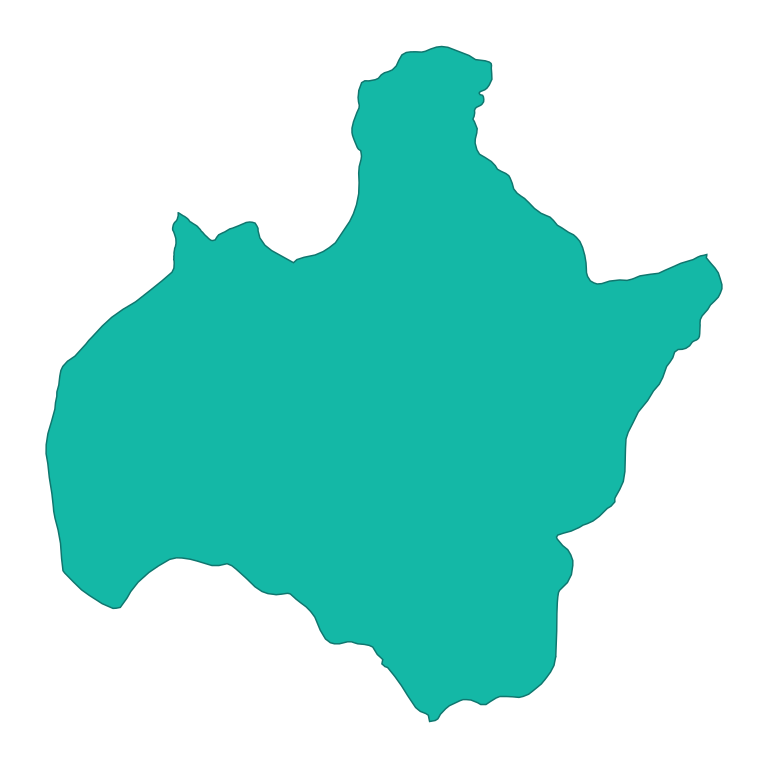 Kota Tomohon, Sulawesi Utara, Indonesia (orthographic projection)
{"feature_id": "22746128B12552284418793", "entity_name": "Kota Tomohon", "entity_type": "district", "adm_level": 2, "iso_a3": "IDN", "parent_name": "Indonesia", "parent_adm1": "Sulawesi Utara", "projection": "orthographic", "projection_center": [124.821, 1.329], "detail": "fine", "context": "isolated", "style": "filled", "palette": "teal", "viewbox_px": 768, "rotation_deg": 0, "n_neighbors": 0, "source": "geoboundaries", "source_scale": "gbopen_adm2", "svg_char_len": 5927}
<svg xmlns="http://www.w3.org/2000/svg" viewBox="0 0 768 768"><path d="M447.9,47.3L441.7,46.5L436.5,47.1L433.5,48.1L431.0,48.9L425.3,51.3L421.7,52.1L419.6,52.0L415.5,51.8L410.4,51.9L406.2,52.5L401.9,54.9L398.9,60.2L396.3,65.9L394.4,67.8L392.3,69.9L388.4,71.6L384.4,72.8L381.2,74.9L378.4,78.3L375.3,79.7L368.9,80.9L364.8,80.8L361.6,82.7L361.6,82.8L358.8,90.4L358.4,94.8L358.1,97.4L358.5,101.8L359.3,105.3L359.0,108.0L356.9,112.6L353.5,121.7L352.0,128.1L352.0,132.6L352.5,135.2L353.3,137.6L354.2,140.0L355.3,142.7L357.3,147.5L358.5,149.2L360.7,150.7L361.1,153.0L361.3,154.3L361.5,156.3L361.1,159.3L360.9,160.1L359.2,166.6L358.7,173.1L359.1,182.7L358.9,188.3L358.7,193.8L356.5,204.8L353.4,213.8L349.6,221.6L349.4,221.9L349.3,222.0L335.4,242.8L329.2,247.7L323.1,251.6L315.1,255.0L304.0,257.3L296.9,259.6L293.5,262.7L271.7,250.6L264.9,245.2L259.8,237.8L259.4,236.0L258.1,231.0L258.0,228.3L256.9,226.0L255.1,223.1L252.5,222.3L249.7,222.0L246.1,222.5L243.9,223.5L241.7,224.4L239.0,225.6L232.4,228.2L229.8,228.9L227.6,230.2L224.8,231.9L222.3,233.0L218.7,234.8L216.8,237.2L215.2,239.9L212.7,240.6L210.9,240.3L209.8,239.5L208.6,238.5L206.6,236.5L205.4,235.5L204.2,234.2L202.6,232.3L201.3,231.2L200.3,229.6L199.4,228.6L198.5,227.7L197.5,226.5L196.5,225.7L194.9,224.7L192.6,223.3L191.4,222.4L190.0,221.7L189.0,220.4L188.5,219.6L187.1,218.3L186.5,217.9L185.6,217.2L184.6,216.5L182.8,215.6L182.0,215.0L181.3,214.6L180.4,214.0L178.5,212.8L178.4,212.8L178.2,212.8L178.2,214.1L178.2,215.0L178.2,215.9L177.9,216.8L177.6,217.8L177.4,218.7L177.2,219.4L176.1,221.1L174.6,222.5L173.5,224.4L173.2,225.4L172.7,227.8L172.6,229.1L172.9,230.5L173.6,231.5L174.7,234.7L175.7,238.0L175.9,239.2L176.0,242.0L176.0,243.5L175.4,246.7L174.7,248.2L174.5,249.9L174.2,251.5L174.0,253.0L174.1,254.7L173.8,256.5L173.9,258.1L173.7,259.5L174.1,260.9L174.2,263.6L174.0,266.6L173.9,268.2L172.0,272.2L161.8,281.0L149.6,290.8L135.6,301.8L131.8,304.1L123.0,309.3L111.6,317.4L102.3,326.0L92.2,336.9L88.8,340.4L85.9,344.1L80.7,349.8L74.9,356.2L67.5,361.2L62.8,366.4L60.9,370.4L59.8,376.2L58.8,385.0L56.9,391.9L56.8,396.3L55.5,402.6L54.9,409.1L51.5,421.5L48.7,430.9L47.9,433.7L46.2,444.7L46.1,453.7L47.8,463.4L49.3,477.4L51.9,493.6L53.4,507.3L53.7,511.1L55.0,518.1L58.1,530.0L60.5,543.3L61.6,558.5L63.0,570.7L64.6,572.9L73.6,582.1L81.0,589.3L81.5,589.8L89.3,595.4L102.2,603.7L113.0,608.4L116.3,608.2L120.3,607.4L127.0,598.1L130.7,591.6L138.1,582.2L141.5,579.1L149.0,572.4L158.5,565.9L169.6,559.4L176.5,557.8L182.0,558.0L190.2,559.2L197.0,561.0L206.2,563.8L211.9,565.5L219.0,565.5L227.1,563.7L231.7,565.6L236.1,569.1L238.8,571.5L246.6,578.6L255.0,586.8L262.0,591.5L267.9,593.6L273.5,594.3L276.1,594.7L281.8,594.1L286.0,593.5L287.7,593.3L290.3,593.9L291.4,594.9L294.4,597.6L296.1,599.2L300.7,602.8L306.2,606.9L310.4,611.2L312.2,613.5L314.9,617.2L320.3,630.3L323.8,636.2L325.5,639.0L327.9,640.8L330.3,642.7L334.4,643.8L339.2,643.8L339.4,643.8L347.5,641.8L351.5,641.8L354.1,642.7L357.7,643.8L364.3,644.4L369.2,645.4L372.7,647.0L377.3,654.5L380.3,657.2L382.8,659.6L382.4,661.2L381.9,663.9L384.0,665.7L384.8,666.5L385.0,666.6L385.9,666.9L387.6,667.5L393.6,674.9L395.1,676.8L401.4,685.6L407.6,695.5L415.6,707.5L417.6,709.2L420.3,711.4L425.9,713.6L428.3,715.2L429.5,721.1L429.6,721.5L435.2,720.5L437.8,718.9L438.9,717.1L440.4,714.3L445.7,708.7L449.4,705.7L460.2,700.6L463.0,699.6L466.5,699.6L470.9,700.0L477.6,702.7L480.7,704.5L486.0,704.5L490.4,701.5L496.1,698.0L499.8,696.5L506.5,696.5L512.7,696.8L519.0,697.4L523.3,696.4L528.7,694.2L534.5,689.6L541.4,683.9L542.6,682.4L545.1,679.4L546.0,678.2L546.5,677.6L548.3,675.1L550.5,672.1L554.0,665.4L555.7,656.8L555.9,656.7L555.8,655.3L556.7,631.0L556.9,613.5L557.3,602.8L557.8,596.9L558.5,592.5L559.6,590.3L567.4,582.6L571.4,574.6L572.8,565.4L572.8,560.6L570.8,554.9L568.9,551.6L567.8,549.8L562.6,545.5L557.1,538.9L556.5,537.0L558.0,534.9L559.2,534.6L563.0,533.3L568.1,531.9L571.1,531.1L579.5,527.3L581.8,525.9L582.8,525.2L587.4,523.6L593.0,521.0L599.3,516.3L607.3,508.4L611.1,506.1L614.9,501.8L614.8,501.1L614.8,499.8L614.8,498.5L615.5,497.0L619.8,489.3L623.3,481.5L624.9,471.5L625.2,460.2L625.3,455.7L625.5,448.3L626.0,438.9L628.2,432.2L632.8,423.2L638.3,412.0L647.6,400.6L651.4,394.4L653.5,390.9L653.7,390.7L659.3,384.2L662.7,377.6L666.6,366.5L670.1,361.9L672.8,357.7L674.6,352.1L678.1,349.5L682.3,349.3L685.9,348.3L689.6,345.8L691.2,343.6L692.0,342.4L692.8,341.7L694.6,340.7L696.0,340.2L697.5,339.3L698.7,338.0L699.4,336.3L699.7,333.7L699.9,328.9L700.1,325.1L700.0,323.2L700.3,319.6L702.1,315.9L707.8,309.4L710.4,305.0L714.7,300.9L718.3,297.1L720.3,293.2L721.9,288.8L721.9,284.7L720.3,279.1L718.3,272.9L714.9,267.9L711.1,263.6L707.4,259.1L706.3,257.8L706.8,255.2L706.8,254.5L703.8,255.3L700.6,255.9L697.7,257.1L693.1,259.6L680.8,263.3L672.1,267.2L665.0,270.3L658.6,273.3L650.2,274.3L640.0,275.9L632.2,279.1L627.1,280.4L620.1,280.0L619.4,280.0L609.6,281.1L601.8,283.6L597.2,284.0L593.9,282.9L590.4,280.9L587.6,276.5L586.5,272.7L586.3,267.9L586.0,262.8L584.8,255.5L582.6,247.6L579.9,241.5L577.1,238.2L576.2,237.2L573.5,234.8L568.5,232.3L561.6,227.7L557.4,225.3L553.4,220.4L550.1,217.2L547.8,216.2L546.1,215.5L542.7,214.0L541.0,213.3L534.5,208.5L534.0,208.0L529.0,202.8L526.5,200.4L524.7,198.6L520.4,195.7L517.1,193.2L513.7,188.9L512.8,185.5L512.4,184.0L512.3,183.5L510.1,178.0L508.8,175.7L508.7,175.6L505.8,173.5L500.9,171.2L497.4,169.2L495.3,165.7L493.6,163.9L491.3,161.5L484.8,157.3L482.0,155.7L479.5,154.2L476.9,149.8L475.1,143.1L475.3,138.9L476.1,135.6L476.8,132.8L476.9,131.1L477.2,128.7L474.4,121.6L472.9,119.1L474.1,116.3L474.4,114.5L474.7,112.9L474.5,110.4L475.4,108.3L476.7,107.2L480.8,105.2L482.0,104.2L483.6,101.8L483.8,99.3L483.4,96.8L482.9,95.9L482.6,95.3L480.2,94.7L479.2,93.4L479.4,92.4L480.8,91.4L484.8,89.8L487.0,88.1L489.3,84.9L491.1,81.0L491.9,79.3L491.7,73.6L491.3,68.2L491.5,65.3L491.2,63.9L491.1,63.5L489.4,62.1L485.2,60.8L475.5,59.6L469.1,55.5L447.9,47.3Z" fill="#14b8a6" stroke="#0f766e" stroke-width="1.5"/></svg>